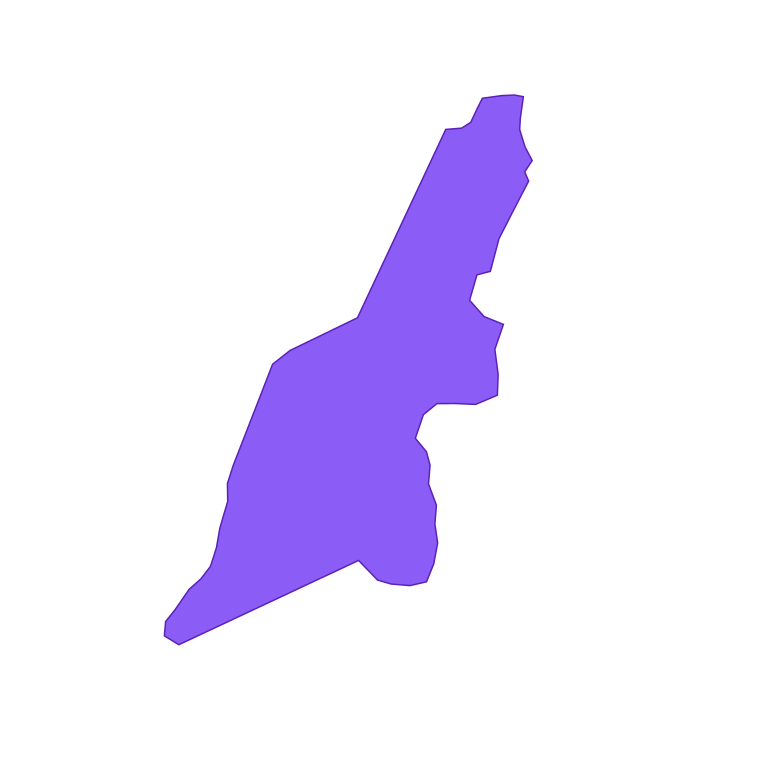 outline of Belapais, Cyprus, rotated 112°
{"feature_id": "46923920B81569607832165", "entity_name": "Belapais", "entity_type": "district", "adm_level": 2, "iso_a3": "CYP", "parent_name": "Cyprus", "parent_adm1": "", "projection": "mercator", "projection_center": [33.345, 35.303], "detail": "fine", "context": "isolated", "style": "filled", "palette": "violet", "viewbox_px": 768, "rotation_deg": 112, "n_neighbors": 0, "source": "geoboundaries", "source_scale": "gbopen_adm2", "svg_char_len": 872}
<svg xmlns="http://www.w3.org/2000/svg" viewBox="0 0 768 768"><g transform="rotate(112 384 384)"><path d="M124.8,422.1L332.5,433.4L388.0,483.6L407.4,494.7L435.1,494.3L515.5,493.3L534.9,491.9L551.5,484.9L565.4,483.6L579.2,482.2L598.7,478.0L618.1,476.6L633.3,480.8L647.2,487.7L672.1,493.3L686.0,497.5L699.8,493.3L702.6,476.6L557.1,341.5L568.2,316.5L566.8,302.5L561.2,284.4L551.5,270.5L532.1,270.5L511.3,274.7L494.7,284.4L476.7,290.0L460.0,305.3L442.0,310.9L430.9,319.3L422.6,334.6L397.7,336.0L382.4,327.6L375.5,310.9L368.6,291.4L351.9,274.7L332.5,281.7L310.3,294.2L284.0,295.6L284.0,316.5L274.3,336.0L248.0,338.7L239.7,327.6L206.4,331.8L174.5,329.0L141.7,325.9L134.6,333.0L121.3,330.3L111.5,341.9L97.3,353.5L86.7,357.1L65.4,362.4L67.2,371.3L72.5,382.9L82.2,399.8L92.9,400.7L108.9,401.6L117.7,407.9L124.8,422.1Z" fill="#8b5cf6" stroke="#5b21b6" stroke-width="1.5"/></g></svg>